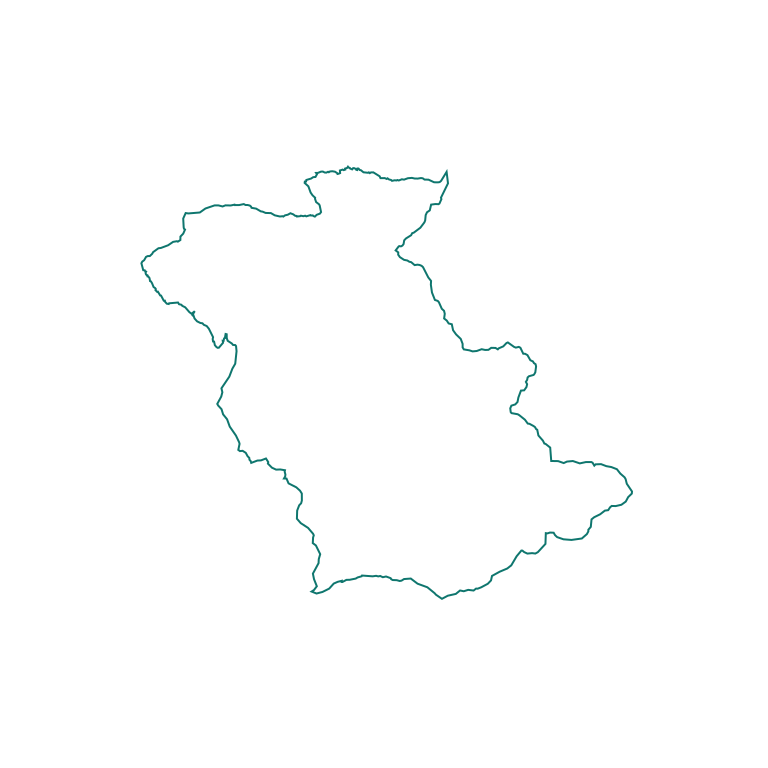 Tulghes, Harghita, Romania (Mercator projection), rotated 295°
{"feature_id": "2599482B18577768753782", "entity_name": "Tulghes", "entity_type": "district", "adm_level": 2, "iso_a3": "ROU", "parent_name": "Romania", "parent_adm1": "Harghita", "projection": "mercator", "projection_center": [25.75, 46.909], "detail": "fine", "context": "isolated", "style": "outline", "palette": "teal", "viewbox_px": 768, "rotation_deg": 295, "n_neighbors": 0, "source": "geoboundaries", "source_scale": "gbopen_adm2", "svg_char_len": 6166}
<svg xmlns="http://www.w3.org/2000/svg" viewBox="0 0 768 768"><g transform="rotate(295 384 384)"><path d="M464.2,514.4L466.0,513.0L466.3,511.1L467.4,509.4L467.4,506.6L470.8,501.8L471.0,499.1L470.3,497.4L474.5,492.3L474.6,490.5L472.7,488.1L472.6,486.2L474.0,478.7L472.9,477.7L468.5,476.2L464.8,472.9L463.5,472.5L463.8,469.8L462.1,465.9L459.1,464.2L457.6,461.3L456.8,457.8L453.1,454.1L451.0,450.5L450.6,447.2L449.1,441.7L450.4,439.8L453.6,438.3L457.3,434.5L459.4,428.4L461.9,423.9L466.8,420.2L466.2,417.0L468.0,414.1L468.8,410.8L473.3,409.4L475.7,407.5L476.6,404.6L481.3,399.2L482.0,397.6L481.7,394.6L487.2,388.8L493.8,384.5L497.3,383.1L499.3,379.1L506.4,370.0L507.0,368.1L506.9,365.9L506.3,363.9L504.7,361.5L505.9,357.2L505.5,355.2L505.8,353.0L505.0,349.7L505.7,344.8L507.2,342.2L509.3,341.3L510.0,338.1L514.6,339.1L515.4,339.5L515.9,341.2L517.2,342.2L519.1,342.6L522.7,341.6L525.2,342.4L530.3,345.7L532.6,345.8L533.7,347.0L541.0,350.9L547.6,352.3L549.6,352.2L554.7,350.4L557.8,350.4L560.7,352.1L566.5,350.9L568.8,354.5L570.0,357.4L571.0,358.0L575.8,357.9L576.9,356.9L592.9,357.2L602.7,351.1L592.2,349.9L590.5,349.1L589.7,347.9L588.0,344.2L588.0,338.0L586.4,334.3L586.8,332.2L586.3,330.5L584.4,327.7L583.2,325.0L582.6,322.2L580.6,318.7L577.7,315.8L577.1,313.7L574.7,311.4L574.5,309.9L573.8,309.4L573.1,307.5L571.5,305.4L571.9,304.1L571.5,302.2L571.9,300.3L571.0,299.8L570.9,297.6L569.1,293.8L570.4,292.3L571.3,284.9L570.2,282.7L569.1,282.0L569.4,280.8L568.7,280.3L567.2,275.9L568.0,272.7L567.7,271.6L568.5,269.8L568.1,268.9L566.6,269.3L566.4,268.3L567.0,267.5L567.0,265.7L566.6,264.8L565.1,264.5L565.0,263.9L565.0,262.0L565.4,261.6L565.2,260.5L565.7,259.5L564.3,259.3L562.8,257.7L562.0,258.3L560.8,257.1L560.9,256.0L558.9,253.8L556.6,255.1L555.3,253.9L554.7,253.1L555.3,252.5L555.7,249.9L555.0,247.3L553.8,245.2L552.6,244.5L552.7,243.6L551.2,242.4L550.6,240.8L550.7,238.8L549.8,237.1L547.4,234.9L546.6,233.3L545.8,234.6L542.7,234.4L541.5,232.4L539.4,231.1L536.1,227.4L534.6,227.8L534.0,226.7L532.7,227.1L531.2,231.9L526.5,236.6L524.8,239.5L523.7,242.9L522.7,243.2L520.2,245.6L519.4,249.2L518.7,250.2L513.2,254.3L511.3,253.9L508.9,251.5L506.5,250.6L506.4,249.0L506.7,248.2L505.8,246.6L506.0,246.0L503.1,242.7L503.2,241.4L502.0,240.0L501.4,237.5L500.7,237.1L499.0,234.3L499.4,233.8L498.9,232.5L499.4,230.1L499.2,227.0L496.8,225.3L495.0,223.0L493.2,222.0L493.2,221.2L491.8,218.8L490.7,213.7L491.1,209.3L489.0,204.4L488.9,201.1L488.4,199.4L488.9,194.0L487.7,189.5L488.6,188.5L489.0,186.9L488.6,184.8L487.7,182.9L487.8,180.9L484.9,177.0L483.1,173.2L483.4,172.8L481.0,169.6L478.9,164.8L476.7,162.7L475.9,158.5L474.2,154.9L467.6,148.0L461.6,144.6L455.9,134.6L455.1,132.0L449.1,132.1L441.4,136.2L440.2,137.1L439.9,138.4L435.4,138.5L431.6,137.2L428.4,138.6L425.9,137.0L425.9,136.0L423.7,132.8L418.5,129.7L413.0,124.3L411.7,122.2L405.9,119.0L404.1,118.9L401.0,117.7L400.0,115.7L398.6,114.6L394.8,114.3L392.8,113.2L390.9,113.1L385.4,117.7L385.9,119.1L385.4,119.6L385.3,120.9L384.1,120.8L382.9,121.8L382.2,123.2L382.5,123.6L381.6,124.3L381.9,124.8L380.9,126.7L378.4,128.5L378.5,129.4L377.3,131.2L374.5,134.2L374.2,136.1L373.6,137.1L372.5,137.2L371.6,139.6L372.1,140.1L369.7,143.7L369.9,144.6L366.4,149.2L366.9,150.2L366.0,150.8L365.0,153.2L365.5,155.1L366.3,155.1L370.8,162.9L369.7,164.5L370.2,166.9L369.6,168.1L369.5,171.4L366.9,177.2L366.3,179.9L370.0,181.7L365.5,181.2L365.2,181.8L365.6,182.4L363.3,184.6L361.8,188.1L361.7,191.8L362.3,193.8L361.5,195.7L361.6,198.8L360.1,201.9L354.2,209.3L352.4,209.7L350.3,211.1L350.6,212.1L347.7,214.3L346.7,216.5L346.5,217.9L347.1,219.0L353.3,220.7L355.0,219.6L355.2,220.4L357.7,219.8L358.3,220.4L362.4,219.3L362.6,220.4L359.1,222.1L357.1,224.1L356.4,229.0L355.6,230.6L356.4,232.8L355.8,233.9L351.4,236.5L339.5,240.6L333.8,240.1L325.3,240.7L311.4,238.5L308.2,241.0L303.8,241.8L295.5,241.3L294.4,242.8L292.5,247.4L288.5,251.0L285.7,256.7L280.2,262.2L274.7,271.6L270.0,277.3L268.7,278.4L262.7,279.8L262.3,281.8L263.7,284.1L263.2,287.8L260.9,290.9L260.1,293.1L258.5,294.1L257.7,295.9L256.4,297.0L261.1,301.6L262.8,304.8L266.6,308.5L264.3,312.1L262.8,312.4L260.8,317.8L260.8,322.4L262.7,326.1L264.0,330.7L262.6,331.0L260.3,332.9L258.5,333.5L256.1,333.3L257.1,335.6L253.6,339.5L253.3,348.2L251.8,353.0L250.0,355.8L243.7,358.8L240.9,359.3L238.2,358.4L232.6,358.8L225.1,362.0L222.7,367.4L221.5,376.0L218.3,383.0L217.2,384.3L214.9,384.6L209.7,386.7L208.9,390.5L202.8,398.1L197.7,398.9L194.0,400.4L182.1,399.7L177.6,403.0L172.3,408.6L167.7,407.6L165.3,406.1L165.6,411.4L169.5,416.1L175.4,420.8L181.9,422.8L185.1,425.6L187.8,428.9L186.7,429.3L187.0,430.0L190.6,432.7L192.1,435.7L195.7,440.6L197.5,441.8L200.3,445.0L201.1,445.0L204.9,455.0L206.8,457.9L207.2,460.1L208.4,461.7L208.4,464.6L210.4,467.2L210.8,471.7L210.7,472.4L210.1,473.0L210.0,474.7L211.6,478.5L212.1,481.5L213.2,483.0L215.7,484.6L219.0,490.5L217.2,498.8L218.1,509.2L215.8,518.3L215.0,520.1L213.8,527.3L219.1,531.3L224.1,537.8L229.0,540.2L229.9,543.9L233.0,547.3L234.7,552.5L237.5,553.9L238.1,555.4L240.8,558.0L246.8,562.5L251.2,564.0L255.7,563.0L262.8,568.2L268.9,573.7L273.5,576.0L283.9,577.0L291.1,578.9L291.5,579.9L290.9,582.0L290.9,585.6L293.3,589.7L294.3,592.8L296.6,594.5L307.3,597.9L317.2,593.7L317.7,595.3L319.5,597.2L320.9,600.6L319.3,602.9L318.4,605.6L319.1,612.3L321.9,619.8L327.6,628.6L333.7,631.3L336.7,631.5L338.3,630.8L341.9,631.8L349.0,629.3L352.1,630.8L357.2,634.9L362.6,637.7L364.4,640.5L367.8,641.0L369.7,641.9L371.3,645.6L374.9,650.2L379.6,652.8L384.7,653.1L389.4,654.9L391.4,654.2L396.2,646.2L399.9,643.2L401.1,641.5L402.7,636.0L405.2,631.1L404.8,625.1L403.5,620.2L403.1,614.6L400.6,609.7L398.9,609.1L400.8,606.3L400.9,604.9L398.6,600.0L394.8,595.0L394.0,587.7L391.0,582.6L388.3,580.3L387.7,574.4L384.9,568.1L396.6,561.5L398.0,555.7L397.8,554.5L399.8,552.0L402.6,545.7L407.3,542.2L407.5,540.8L408.7,539.2L409.1,537.4L409.4,532.7L408.9,531.0L411.2,526.8L412.9,519.8L413.1,518.0L411.5,511.9L412.1,510.7L415.3,508.7L418.2,508.6L421.0,511.6L424.1,512.6L428.6,511.5L435.9,510.9L437.5,513.7L441.4,514.4L444.3,513.8L445.9,511.7L448.2,512.0L450.6,511.4L452.3,512.1L455.4,515.7L456.2,516.0L458.5,516.2L464.2,514.4Z" fill="none" stroke="#0f766e" stroke-width="2"/></g></svg>